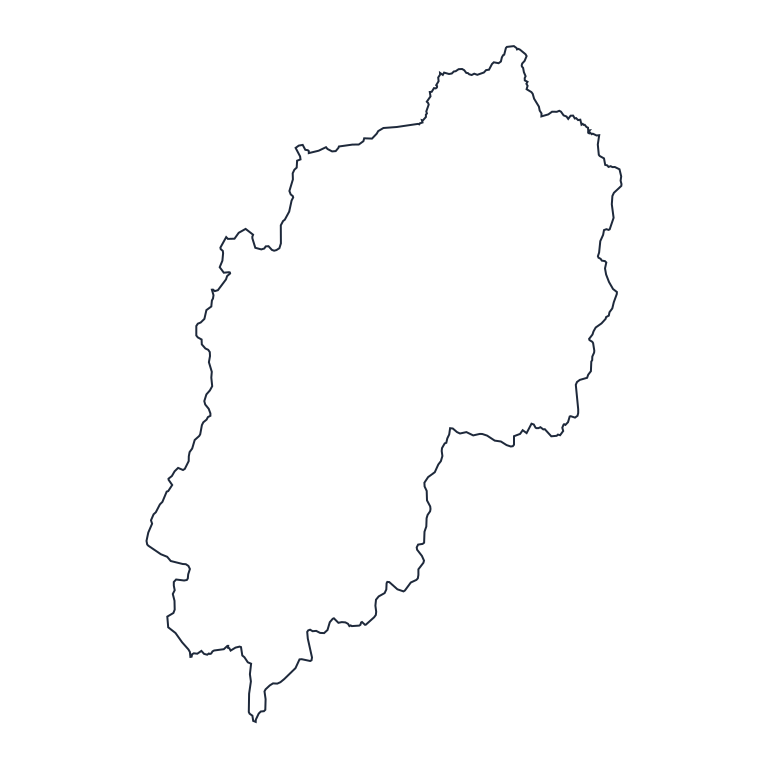 outline of Sa Thay, Kon Tum, Vietnam
{"feature_id": "81297802B78907971348627", "entity_name": "Sa Thay", "entity_type": "district", "adm_level": 2, "iso_a3": "VNM", "parent_name": "Vietnam", "parent_adm1": "Kon Tum", "projection": "robinson", "projection_center": [107.651, 14.266], "detail": "fine", "context": "isolated", "style": "outline", "palette": "slate", "viewbox_px": 768, "rotation_deg": 0, "n_neighbors": 0, "source": "geoboundaries", "source_scale": "gbopen_adm2", "svg_char_len": 6065}
<svg xmlns="http://www.w3.org/2000/svg" viewBox="0 0 768 768"><path d="M588.2,374.7L590.9,371.2L591.3,361.6L592.2,360.1L592.3,356.6L594.1,352.6L594.3,350.7L593.1,343.1L592.3,341.8L589.5,340.1L589.1,338.9L592.5,334.5L593.5,331.4L595.7,327.5L601.5,323.4L605.6,318.9L606.1,317.1L608.8,315.6L609.5,312.2L612.3,308.4L613.8,302.2L616.8,294.0L616.9,292.0L613.0,289.0L609.0,282.0L606.1,274.5L605.0,268.4L606.3,262.5L604.9,261.1L601.8,260.6L600.6,258.8L598.5,257.7L597.9,256.2L599.1,252.6L600.3,241.1L603.1,234.9L604.0,230.1L606.4,229.2L608.6,229.9L609.7,229.3L613.6,217.8L611.8,204.3L612.4,196.0L613.9,192.8L621.3,185.9L621.5,184.1L620.6,180.7L621.2,176.4L619.5,169.3L614.8,167.0L612.4,167.1L610.7,166.2L608.5,166.9L607.3,165.4L605.2,164.9L604.0,158.4L599.7,156.0L598.8,154.8L597.8,144.5L599.2,135.2L596.6,135.5L592.8,133.7L591.7,134.2L590.2,132.7L589.3,133.4L588.3,132.9L588.1,132.1L589.7,130.3L588.2,130.4L588.0,127.7L586.5,127.0L584.7,124.8L583.7,124.9L582.7,123.9L581.5,124.7L580.3,119.7L578.1,120.1L576.1,118.1L574.8,118.5L573.1,115.6L570.6,115.7L568.2,118.9L566.5,116.5L563.6,115.4L561.0,111.7L559.3,110.8L556.8,111.8L552.1,111.7L548.3,114.4L541.4,116.4L541.5,113.4L539.7,110.6L538.9,106.6L534.1,98.7L532.7,93.8L531.4,92.1L526.6,89.2L527.6,85.8L526.4,83.8L527.5,81.8L524.8,80.4L524.7,78.1L525.6,76.2L523.9,72.2L523.1,67.9L521.9,66.5L521.7,65.3L522.2,63.5L524.6,60.9L526.6,56.1L525.5,54.2L519.9,49.6L518.4,48.9L517.0,49.4L516.6,48.1L513.9,46.1L506.9,46.9L505.9,48.0L504.2,54.7L503.2,55.1L501.9,57.3L500.9,61.5L498.6,63.2L493.8,62.3L492.0,64.0L489.0,69.7L486.1,70.1L483.9,72.5L477.3,74.8L474.2,73.7L471.7,75.0L469.2,74.3L467.9,73.1L466.3,72.9L464.2,70.2L462.1,69.0L458.6,69.2L455.7,71.2L453.8,71.5L451.8,73.5L449.0,74.0L444.1,72.6L442.8,74.9L440.0,72.9L440.1,74.6L438.2,77.5L438.6,81.2L436.2,85.2L437.1,86.1L436.9,87.5L435.7,88.4L434.0,88.1L431.7,91.8L429.8,92.0L430.5,96.4L426.8,101.7L428.1,103.0L428.7,104.6L426.3,111.4L426.9,113.5L425.9,114.6L425.9,117.0L422.8,120.5L421.9,120.2L422.5,122.5L419.7,123.4L419.3,124.3L417.9,123.9L396.8,127.0L383.4,128.0L378.2,131.1L376.7,133.7L372.0,138.6L364.2,138.3L363.4,141.2L358.8,144.5L352.4,144.6L338.9,146.5L338.4,147.9L335.7,151.1L332.1,151.4L327.5,149.0L326.0,147.2L318.7,150.7L308.8,153.1L308.8,151.1L307.8,150.2L305.3,149.8L302.7,144.9L298.8,145.6L295.6,147.9L300.1,156.4L300.5,159.4L297.1,160.7L296.7,167.6L294.4,169.7L292.7,173.3L292.9,179.4L289.4,191.0L290.7,194.4L292.8,196.1L293.2,197.4L291.6,200.5L289.2,211.6L284.8,219.7L283.1,221.0L280.8,225.3L280.9,243.4L279.4,248.2L276.4,250.1L274.1,250.7L271.9,249.9L268.5,246.2L265.7,246.4L264.3,248.5L261.3,249.4L255.3,247.8L252.4,238.4L252.3,236.8L253.1,234.7L245.6,228.9L238.7,232.8L234.5,238.7L227.9,238.9L226.2,237.1L220.4,247.6L220.7,249.1L222.8,250.9L223.1,253.2L222.4,260.7L219.7,267.2L223.8,272.7L229.0,272.2L229.9,272.5L230.1,273.5L227.1,276.1L226.0,279.4L217.9,290.2L214.8,291.1L213.0,289.6L211.9,289.7L213.5,295.2L213.0,298.5L211.9,300.5L211.3,306.5L206.4,310.1L204.4,318.9L200.7,322.5L197.8,323.7L196.3,326.0L196.3,335.5L197.8,337.4L201.6,339.5L201.8,344.4L205.4,348.5L208.2,349.8L209.8,352.1L210.0,356.1L208.9,362.2L211.8,371.8L211.3,377.6L212.2,386.2L209.9,390.4L206.4,394.4L204.3,401.1L205.2,404.5L208.7,408.8L210.4,413.4L210.4,415.8L207.9,417.1L206.6,419.6L203.3,422.3L201.9,425.1L200.2,434.3L199.2,436.0L194.7,440.0L192.2,448.5L189.6,452.1L188.8,456.3L188.7,461.1L184.8,468.9L183.0,470.0L178.1,467.9L174.6,471.3L171.9,476.0L168.5,478.7L168.6,479.8L172.2,485.0L168.2,491.1L166.7,491.6L162.4,501.9L159.9,504.4L155.8,512.3L153.6,514.3L151.0,520.3L152.1,523.7L148.3,532.5L146.5,540.9L147.2,544.5L148.3,545.7L160.8,554.2L167.2,556.8L170.7,561.0L182.7,564.0L185.8,564.2L188.4,565.9L189.9,569.0L188.2,574.3L187.8,578.5L186.8,580.0L184.1,580.5L176.1,579.5L173.8,582.0L173.8,585.6L174.7,590.2L172.8,594.0L174.5,600.8L174.7,609.6L173.4,613.0L167.3,616.6L168.2,627.3L175.5,633.0L182.1,642.3L188.4,649.4L189.9,652.0L190.4,656.9L191.6,656.7L192.1,654.3L193.8,653.3L197.3,653.7L201.4,650.9L204.1,653.9L207.2,654.7L208.9,653.5L209.9,654.0L211.2,653.5L212.5,651.4L214.1,650.5L223.8,649.2L227.4,645.9L228.2,645.9L228.0,647.8L229.3,648.2L230.6,650.6L235.5,647.6L239.6,646.6L241.0,647.1L242.3,655.5L244.4,657.2L247.8,662.3L251.1,663.7L249.9,674.2L250.9,681.4L249.1,693.7L248.8,712.0L249.6,713.7L252.4,715.7L253.2,720.9L255.7,721.9L255.8,719.7L258.7,713.6L260.8,711.5L263.9,711.2L265.3,709.8L265.6,699.2L264.5,691.4L265.6,689.3L269.8,685.4L273.0,683.4L277.3,683.6L280.4,682.2L284.3,679.0L295.5,668.1L299.5,659.4L301.7,659.2L310.2,661.0L311.5,660.3L312.0,657.5L307.8,638.6L307.2,631.9L308.2,630.4L310.1,629.7L312.6,631.2L316.2,630.9L320.1,632.9L324.1,633.1L327.5,630.0L329.8,622.2L332.7,618.8L333.9,618.3L338.4,622.8L341.8,622.1L345.4,622.4L348.0,623.8L349.4,626.1L350.7,625.4L351.8,626.1L359.2,625.6L360.4,624.8L361.1,622.5L362.0,622.0L365.0,624.8L365.8,624.7L374.1,617.3L375.8,615.0L376.2,611.8L375.4,605.7L376.0,599.7L378.7,596.4L384.6,593.1L386.3,589.5L386.6,583.2L387.3,581.9L389.3,582.1L397.4,589.3L403.5,591.4L404.9,590.5L410.8,582.5L416.4,579.9L417.8,578.4L418.4,575.0L418.4,569.3L423.4,562.8L424.0,560.6L421.9,555.9L417.1,549.7L416.7,547.4L418.1,544.6L422.6,543.9L424.1,542.7L424.5,531.7L426.3,526.5L426.6,518.2L427.6,514.9L430.1,511.3L430.5,509.0L430.2,506.4L427.0,500.4L426.7,490.9L424.6,486.5L424.4,482.7L428.1,477.1L434.8,472.2L438.3,464.5L440.9,461.1L442.4,456.0L441.7,451.0L442.0,448.1L444.7,443.4L446.3,442.8L447.3,438.4L449.2,434.5L450.1,428.2L452.8,428.5L457.0,432.1L460.0,433.5L466.4,432.1L473.2,435.4L479.9,433.9L482.3,434.0L487.1,435.6L494.7,440.6L500.9,441.5L506.6,445.1L510.8,446.5L512.8,446.2L514.0,444.7L514.0,436.2L520.1,433.9L522.7,430.2L526.6,433.1L531.5,423.7L533.8,424.5L535.5,427.6L536.3,428.1L538.5,428.1L540.4,427.2L543.3,429.4L544.8,429.2L551.3,436.3L556.7,435.8L557.9,434.6L560.1,435.2L563.2,431.0L562.3,427.7L563.6,424.6L564.1,424.2L565.4,424.9L568.0,422.2L569.7,416.5L570.7,416.2L575.0,417.6L577.5,415.8L578.2,413.1L578.2,409.3L575.8,384.8L577.0,382.0L579.8,379.9L587.1,377.8L588.2,374.7Z" fill="none" stroke="#1e293b" stroke-width="2"/></svg>